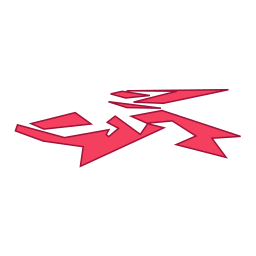 SVG path tracing the border of Nunavut
{"feature_id": "CAN-634", "entity_name": "Nunavut", "entity_type": "Territory", "adm_level": 1, "iso_a3": "CAN", "parent_name": "Canada", "parent_adm1": "", "projection": "equal_earth", "projection_center": [-85.605, 67.518], "detail": "coarse", "context": "isolated", "style": "filled", "palette": "rose", "viewbox_px": 256, "rotation_deg": 0, "n_neighbors": 0, "source": "natural_earth", "source_scale": "10m", "svg_char_len": 680}
<svg xmlns="http://www.w3.org/2000/svg" viewBox="0 0 256 256"><path d="M64.5,137.6L108.9,129.7L106.2,134.6L108.5,136.5L109.2,136.2L118.5,128.3L107.2,122.3L115.2,116.1L140.3,134.4L147.7,123.7L163.9,127.8L80.4,166.3L83.2,146.7L43.4,141.1L15.4,130.9L17.5,124.8L64.5,137.6ZM195.9,136.0L172.3,120.9L146.9,123.2L131.2,116.3L162.0,110.5L240.6,136.4L211.9,138.2L226.1,157.4L176.1,144.6L195.9,136.0ZM228.5,89.7L163.3,103.3L133.5,102.1L177.0,91.2L126.5,90.8L228.5,89.7ZM31.0,123.6L75.2,112.6L91.1,124.0L43.9,129.1L31.0,123.6ZM110.6,93.9L122.1,91.3L149.9,95.5L125.7,98.0L110.6,93.9ZM108.4,101.7L161.0,108.2L126.8,107.6L108.4,101.7Z" fill="#f43f5e" stroke="#9f1239" stroke-width="1.5"/></svg>